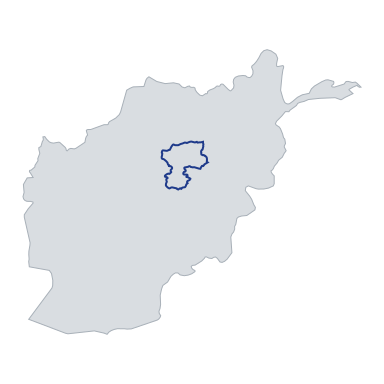 where Bamyan sits in Afghanistan
{"feature_id": "AFG-1743", "entity_name": "Bamyan", "entity_type": "Province", "adm_level": 1, "iso_a3": "AFG", "parent_name": "Afghanistan", "parent_adm1": "", "projection": "equal_earth", "projection_center": [67.218, 34.704], "detail": "fine", "context": "in_parent", "style": "outline", "palette": "blue", "viewbox_px": 384, "rotation_deg": 0, "n_neighbors": 0, "source": "natural_earth", "source_scale": "10m", "svg_char_len": 7472}
<svg xmlns="http://www.w3.org/2000/svg" viewBox="0 0 384 384"><path d="M165.2,83.6L173.5,82.8L179.1,84.0L182.1,87.0L184.9,87.8L187.8,86.3L189.5,86.0L190.2,87.0L191.6,87.4L193.8,87.3L195.0,88.1L195.3,89.9L196.9,92.3L199.8,95.1L202.4,95.8L205.7,93.6L206.9,93.8L207.4,93.1L207.7,91.5L209.8,90.0L213.5,88.6L215.6,87.3L216.3,86.3L217.6,86.0L218.9,86.3L219.9,85.9L220.6,84.5L221.9,84.0L223.1,84.3L228.2,89.4L230.2,90.9L231.1,90.6L233.6,87.9L234.0,85.3L233.2,82.0L233.7,79.3L235.3,77.3L238.4,76.0L243.0,75.5L245.7,75.8L246.8,76.9L248.2,77.4L249.9,77.6L251.5,76.4L252.9,73.9L253.0,70.8L251.6,67.1L252.0,65.9L254.2,64.1L256.6,61.3L258.9,57.7L261.1,53.4L263.8,50.7L267.1,49.7L271.1,50.9L275.9,54.2L277.7,58.4L276.6,63.4L276.6,66.1L277.6,66.6L282.9,65.6L283.6,66.3L283.6,67.7L282.9,69.8L282.0,75.7L280.6,90.3L283.1,99.0L284.7,102.5L286.3,103.6L287.9,104.0L289.5,103.7L292.7,101.4L297.5,97.3L302.3,94.8L309.2,93.3L311.4,88.9L314.5,86.0L321.8,81.7L325.7,80.0L328.0,79.8L333.6,81.4L333.9,82.7L333.6,84.1L332.0,85.3L331.6,86.2L332.2,86.9L334.4,87.1L344.0,84.1L346.1,81.5L348.2,81.4L352.3,82.5L355.4,82.1L357.1,83.3L361.0,87.1L359.8,87.3L358.1,86.6L357.1,85.3L353.2,87.0L349.0,89.4L349.1,90.0L353.0,93.6L345.1,97.4L341.5,99.6L340.7,99.7L335.2,97.7L320.0,98.3L308.5,99.5L304.1,101.4L299.9,102.4L297.7,103.4L296.4,105.5L290.1,110.1L288.9,111.7L285.4,111.6L281.8,116.0L276.5,121.3L275.4,123.8L276.3,125.1L279.2,127.0L280.5,128.8L282.6,134.0L283.5,137.6L284.8,139.2L285.5,143.5L284.3,146.0L284.3,147.2L286.1,150.5L285.7,151.5L284.4,153.0L282.3,157.2L278.6,160.3L277.0,163.1L274.4,166.1L273.3,168.7L272.2,170.1L271.0,170.9L271.3,172.3L272.4,174.0L274.2,175.9L274.2,183.7L273.3,185.9L268.5,188.1L263.9,189.0L258.3,189.1L256.1,188.7L248.3,185.9L245.8,187.3L245.3,190.7L249.8,196.3L251.7,199.4L253.8,204.7L255.4,207.4L254.9,209.9L246.8,215.5L241.7,216.0L238.4,217.0L236.9,218.4L235.8,224.3L234.6,226.5L234.7,229.1L233.6,232.0L232.0,233.9L230.8,237.0L231.9,252.7L227.2,259.1L224.6,261.3L222.1,262.4L220.0,262.0L217.4,258.4L215.6,257.0L213.7,257.3L211.9,258.5L208.9,258.1L206.4,256.9L205.1,257.0L204.4,258.3L201.7,261.0L195.1,265.1L192.4,265.4L191.2,266.4L191.7,268.1L192.9,269.5L194.9,270.5L195.0,271.6L191.7,273.8L188.2,275.1L184.2,275.7L180.1,274.9L178.0,273.0L175.5,272.9L173.3,274.2L170.9,276.4L167.6,282.0L162.9,285.4L161.6,288.9L160.2,295.2L160.6,304.4L160.0,308.5L159.0,311.2L159.2,313.3L160.7,315.7L160.1,317.3L158.8,319.0L157.4,320.0L131.3,328.9L127.0,329.1L124.8,328.8L117.4,328.7L114.3,329.4L111.2,330.6L108.9,332.1L107.1,334.3L104.0,333.1L94.3,330.9L67.9,333.8L65.4,333.2L28.7,319.3L52.0,288.0L52.7,285.4L52.8,280.3L51.5,273.5L49.3,270.4L29.3,266.8L28.7,261.5L29.1,259.2L28.8,254.6L28.9,251.1L29.9,245.4L30.1,242.8L24.3,217.2L24.3,214.7L28.2,208.8L33.1,203.1L32.9,202.0L30.5,201.4L26.9,201.3L25.0,200.5L23.6,198.9L23.0,196.6L24.1,192.5L23.4,184.5L27.2,177.9L33.1,177.5L30.2,172.6L29.6,172.1L29.4,171.3L29.7,170.4L31.2,170.1L34.8,167.0L35.0,165.3L38.0,160.7L37.8,158.6L39.8,153.3L38.9,149.7L38.8,147.7L40.9,146.5L42.4,141.4L43.2,140.2L43.3,139.0L42.9,136.9L44.8,136.6L46.6,139.2L49.3,141.9L51.1,142.7L53.5,143.1L58.6,142.2L59.7,142.4L65.0,147.2L65.9,148.4L66.3,150.3L67.1,150.9L69.0,149.0L70.8,148.4L74.3,148.9L76.1,148.2L84.9,142.3L85.6,138.5L86.4,136.4L87.6,135.1L86.3,130.7L86.8,129.9L88.0,129.5L90.8,129.5L104.0,124.7L107.5,124.7L108.2,124.3L108.5,123.0L109.5,121.6L115.7,118.1L119.3,114.6L120.6,111.9L126.7,90.2L129.9,88.3L133.1,86.9L143.9,86.5L146.0,79.9L147.0,78.3L148.9,76.8L156.8,81.5L165.2,83.6Z" fill="#d9dde1" stroke="#a8b0b8" stroke-width="1"/><path d="M187.6,183.2L186.7,184.0L186.3,184.4L186.2,184.9L186.1,185.1L185.6,186.4L185.3,186.8L185.1,187.0L184.9,187.2L182.9,187.5L182.1,187.8L181.9,188.0L181.6,188.5L181.4,188.8L181.2,188.9L180.8,188.4L180.7,188.3L180.3,188.3L179.9,188.4L179.7,188.5L178.4,189.4L178.2,189.5L178.0,189.4L177.1,189.0L177.0,188.9L176.9,188.8L176.9,188.7L176.7,188.4L172.3,187.4L171.9,187.4L171.2,187.5L170.9,187.7L170.6,187.8L170.4,188.0L170.1,188.1L169.5,188.4L169.0,188.3L167.7,187.5L166.3,186.1L166.1,185.7L165.9,185.3L165.9,184.8L166.0,183.9L166.1,183.4L166.7,182.0L166.8,181.7L166.4,180.5L166.3,179.3L166.4,179.1L166.5,179.0L166.6,178.8L166.9,178.5L167.0,178.4L167.3,178.3L167.5,178.2L167.5,177.9L167.5,177.7L167.3,177.5L167.1,177.4L166.8,177.2L166.1,176.9L165.3,176.9L165.1,176.5L164.9,176.2L164.9,175.9L165.3,175.3L166.8,174.2L167.0,174.1L168.3,173.6L168.5,173.7L169.2,173.9L169.4,173.8L169.8,173.6L171.2,172.2L171.2,171.9L170.8,171.5L170.7,171.3L170.6,171.0L170.6,170.8L170.7,170.4L170.7,170.1L170.8,169.9L171.5,169.2L171.9,168.7L172.0,168.4L172.1,168.2L172.1,167.8L172.0,167.5L171.9,167.3L171.7,167.0L171.4,166.7L170.5,166.1L170.4,166.1L170.0,166.2L169.9,166.2L169.7,166.2L169.3,165.9L169.2,165.9L169.0,166.0L168.9,166.0L168.8,165.7L169.1,165.3L169.0,165.1L168.9,165.0L168.5,164.8L168.2,164.6L168.0,164.4L167.8,163.9L167.7,163.6L167.5,162.7L167.4,162.5L166.7,161.8L166.3,161.3L166.2,161.2L164.2,159.5L163.5,159.1L162.5,158.9L162.2,158.8L162.1,158.6L161.9,158.3L161.8,158.2L161.7,158.0L161.7,157.8L161.7,157.5L161.7,156.7L161.8,156.5L161.8,156.3L161.9,156.1L162.0,155.7L162.1,155.0L162.3,153.7L162.2,153.3L162.1,153.2L161.9,153.0L161.9,152.9L161.8,152.7L161.9,151.8L162.0,151.6L162.1,151.2L162.3,150.9L162.5,150.6L162.8,150.4L163.2,150.4L166.5,150.8L167.0,150.8L167.8,150.5L169.0,149.9L169.7,149.9L169.8,149.7L170.0,149.5L171.5,146.5L172.7,144.9L172.9,144.7L173.6,144.5L174.9,145.1L175.5,145.2L177.9,145.2L178.5,145.1L180.6,144.0L182.5,143.5L184.6,142.6L184.9,142.6L185.1,142.6L185.3,142.6L185.5,142.7L186.0,142.7L186.9,143.0L189.5,141.9L190.9,141.6L191.5,141.6L194.6,142.4L194.9,142.4L195.2,142.4L196.5,141.9L196.9,141.9L197.0,142.1L197.2,142.4L197.3,142.5L197.5,142.6L200.0,142.3L201.0,142.3L203.0,141.8L203.0,142.6L203.1,143.2L203.4,144.2L203.4,144.5L203.2,145.2L203.2,145.5L203.2,145.8L203.3,146.4L203.3,146.6L203.2,146.8L203.1,147.2L203.0,147.5L202.8,148.4L202.8,148.7L202.6,149.0L202.6,149.3L202.4,149.7L201.8,150.0L201.7,150.2L201.5,150.4L201.4,150.6L201.3,150.8L201.2,151.0L201.1,151.7L201.1,151.9L201.1,152.1L201.2,152.4L201.3,152.6L201.3,152.8L201.2,153.0L201.3,154.2L201.4,154.4L201.5,154.6L202.3,154.9L202.4,155.0L202.5,155.0L202.8,155.2L203.0,155.2L203.5,155.0L203.9,155.1L204.0,155.2L204.8,155.9L205.0,156.0L205.3,155.9L206.6,157.3L206.9,158.3L206.9,159.1L207.0,159.8L206.9,160.7L206.8,161.6L206.9,161.8L207.4,162.2L207.7,162.4L205.0,164.0L204.3,164.5L204.0,165.1L203.5,165.7L203.2,166.0L202.8,165.9L202.6,165.8L202.4,165.8L202.1,165.9L201.9,166.0L201.6,166.5L201.2,167.0L200.9,167.6L200.4,168.8L199.0,168.6L194.6,167.3L194.1,167.2L193.2,167.3L192.5,167.3L192.1,167.2L191.7,167.1L190.9,167.0L190.6,166.8L190.5,166.7L190.3,166.5L189.9,166.3L189.6,166.2L189.4,166.2L189.1,166.2L188.4,166.7L186.2,167.2L184.9,167.4L184.7,167.5L184.4,167.7L184.3,168.1L184.5,168.9L184.8,169.3L185.5,170.0L185.7,170.4L185.6,171.0L185.5,171.3L185.1,171.6L184.8,171.7L184.2,171.8L183.9,172.0L183.7,172.3L183.6,172.5L183.4,172.8L183.3,173.3L183.3,173.7L183.4,174.0L183.5,174.2L183.6,174.3L183.8,174.4L184.0,174.5L185.6,174.6L186.7,174.6L186.9,174.6L187.1,174.7L187.3,174.9L187.5,175.1L187.5,175.3L187.5,175.5L187.5,175.9L187.5,176.0L187.4,176.1L187.2,176.2L187.0,176.3L186.5,176.6L186.4,176.7L186.4,176.9L186.5,177.0L187.4,177.1L187.7,177.2L190.0,178.4L190.3,178.6L190.4,178.8L190.1,179.1L189.8,179.6L189.7,179.7L189.6,180.0L187.6,181.0L187.4,181.2L187.2,181.5L187.1,182.1L187.1,182.5L187.6,183.2Z" fill="none" stroke="#1e3a8a" stroke-width="2"/></svg>